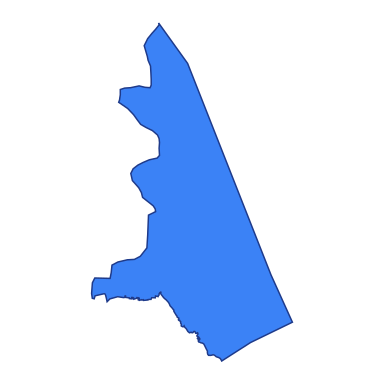 Bachok, Kelantan, Malaysia (Robinson projection)
{"feature_id": "92858781B88613977920895", "entity_name": "Bachok", "entity_type": "district", "adm_level": 2, "iso_a3": "MYS", "parent_name": "Malaysia", "parent_adm1": "Kelantan", "projection": "robinson", "projection_center": [102.347, 6.027], "detail": "fine", "context": "isolated", "style": "filled", "palette": "blue", "viewbox_px": 384, "rotation_deg": 0, "n_neighbors": 0, "source": "geoboundaries", "source_scale": "gbopen_adm2", "svg_char_len": 2841}
<svg xmlns="http://www.w3.org/2000/svg" viewBox="0 0 384 384"><path d="M92.3,298.3L94.2,298.8L95.1,295.8L104.2,293.7L104.9,293.9L105.6,295.2L106.4,298.4L107.1,301.7L109.9,298.9L117.7,296.7L123.5,297.6L124.9,297.4L125.0,296.1L125.3,296.0L125.5,295.3L125.6,297.4L129.4,297.9L129.4,298.6L132.0,298.9L132.1,298.0L131.7,298.0L131.7,297.5L132.3,297.5L132.3,297.9L133.1,297.7L133.2,298.2L133.7,298.2L133.8,299.2L136.9,298.2L136.9,297.6L138.0,297.7L138.1,299.0L138.3,299.0L138.3,299.9L138.7,300.0L138.7,297.9L139.2,298.1L139.5,300.3L141.7,299.7L142.0,300.1L143.3,299.7L143.5,300.4L147.7,300.0L147.6,299.7L149.5,299.4L150.1,299.4L151.0,299.4L151.7,297.7L155.3,297.8L155.5,296.0L158.1,296.6L158.3,295.8L158.9,295.3L159.1,294.6L159.1,293.9L159.4,293.3L159.9,292.6L160.7,292.1L160.9,292.2L160.6,293.6L163.5,297.5L164.1,298.1L164.7,298.7L165.6,299.4L166.3,300.0L166.9,300.7L167.6,301.4L168.5,302.5L169.2,303.6L170.1,305.8L172.1,308.0L172.8,308.8L173.1,309.4L173.8,310.0L173.9,311.4L176.4,315.5L176.8,315.8L177.1,316.7L177.3,317.3L177.8,317.6L178.4,317.8L178.8,318.1L178.8,319.0L178.4,319.8L178.8,320.3L179.0,320.2L179.7,320.4L179.8,321.0L180.3,321.3L180.7,321.8L180.6,322.5L180.6,323.1L181.2,323.9L181.3,324.7L181.2,325.9L181.8,326.3L182.5,326.7L183.3,326.8L183.7,326.5L184.1,325.9L184.6,327.0L185.1,327.7L186.0,328.4L186.5,329.2L187.9,331.5L188.9,332.3L189.4,332.8L190.2,332.6L190.6,332.5L191.0,332.2L191.6,332.4L192.0,332.8L192.6,332.7L192.9,332.6L193.2,332.2L193.6,331.6L194.0,331.4L194.8,331.5L195.2,332.1L195.3,332.6L195.7,333.3L196.6,333.4L197.3,332.7L197.8,333.1L197.9,334.0L197.8,334.5L197.4,335.2L196.9,335.8L197.2,336.5L197.8,336.8L198.4,336.8L198.4,337.5L198.0,338.0L197.4,338.4L197.7,339.0L198.7,339.2L199.0,338.8L199.5,338.2L199.8,338.7L199.7,339.6L199.0,340.2L198.3,340.6L198.4,341.4L198.8,342.0L199.7,342.2L200.9,342.8L202.5,343.1L203.8,344.0L204.6,345.5L206.4,349.2L207.4,351.0L207.4,352.7L207.7,354.2L208.5,355.3L210.5,355.4L212.1,355.1L213.1,354.7L214.6,355.3L216.2,356.7L217.3,357.1L218.6,357.5L220.1,358.4L220.8,359.3L221.7,361.0L250.6,342.5L292.4,322.2L271.0,274.9L187.6,63.4L158.6,23.0L159.1,24.9L155.6,29.3L152.0,33.3L147.7,38.6L144.2,45.7L147.3,56.3L148.1,60.3L150.5,66.0L150.9,72.7L151.2,79.3L151.2,85.1L150.1,87.7L145.0,87.3L139.1,85.9L130.5,87.7L124.6,88.1L120.3,89.5L120.3,94.8L119.5,100.1L118.7,102.3L127.7,108.5L133.6,114.7L137.1,119.6L140.7,124.4L146.1,127.5L152.4,130.6L157.5,135.0L159.1,138.6L159.5,142.6L159.1,148.3L159.5,155.4L157.1,158.1L149.3,159.8L143.0,162.5L137.9,165.1L133.2,168.7L130.8,173.5L132.4,180.6L138.7,187.7L141.4,192.6L142.6,197.4L146.5,200.5L153.2,205.8L155.2,208.9L155.6,211.6L148.5,215.1L147.7,235.0L146.9,247.9L140.3,256.3L134.4,259.4L127.3,259.8L117.9,262.0L112.0,265.1L111.2,272.7L110.1,278.4L94.8,278.0L92.4,282.8L91.6,293.5L92.3,298.3Z" fill="#3b82f6" stroke="#1e3a8a" stroke-width="1.5"/></svg>